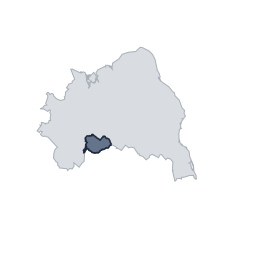 location of Rondônia within Brazil, rotated 308°
{"feature_id": "BRA-595", "entity_name": "Rondônia", "entity_type": "State", "adm_level": 1, "iso_a3": "BRA", "parent_name": "Brazil", "parent_adm1": "", "projection": "natural_earth1", "projection_center": [-63.452, -10.832], "detail": "fine", "context": "in_parent", "style": "filled", "palette": "slate", "viewbox_px": 256, "rotation_deg": 308, "n_neighbors": 0, "source": "natural_earth", "source_scale": "10m", "svg_char_len": 7448}
<svg xmlns="http://www.w3.org/2000/svg" viewBox="0 0 256 256"><g transform="rotate(308 128 128)"><path d="M81.0,60.2L83.0,62.2L85.5,61.2L86.3,62.5L87.7,60.7L91.1,58.9L91.8,57.1L94.0,56.1L94.2,55.0L91.7,54.6L91.0,49.9L88.9,46.9L91.8,48.4L94.4,48.3L96.2,49.9L96.7,48.0L103.2,45.7L104.6,44.2L104.5,42.7L106.4,42.7L107.0,43.4L106.4,45.8L108.1,46.4L108.7,48.4L107.5,49.9L107.0,53.8L108.2,57.9L111.3,60.3L112.6,59.9L113.2,58.6L114.4,58.9L117.8,56.7L122.2,57.4L121.5,55.7L122.2,54.5L123.1,55.0L125.9,54.2L129.1,56.3L130.5,55.3L133.5,56.0L139.1,46.7L140.1,47.7L142.0,56.2L143.0,57.6L144.8,58.3L145.1,60.5L141.8,64.6L139.9,65.9L137.2,71.5L134.6,72.3L137.3,72.5L141.3,69.6L142.1,73.2L143.2,74.3L147.3,73.1L146.0,77.1L147.7,73.9L149.6,72.0L150.5,72.6L150.9,72.0L150.5,70.5L151.8,68.8L155.0,68.4L161.8,71.5L162.3,73.0L163.3,71.9L164.9,73.2L165.3,74.5L164.5,75.4L164.8,75.9L165.7,75.0L165.9,75.9L165.1,76.8L164.6,79.5L165.6,78.4L166.4,76.3L166.6,77.8L169.6,75.9L176.8,78.3L182.5,78.0L188.1,81.8L193.0,87.0L199.1,87.9L200.2,89.8L201.7,97.3L201.0,102.2L198.6,107.2L191.8,115.3L191.8,114.7L190.5,118.4L188.3,121.6L187.3,122.1L186.7,120.7L186.0,121.4L185.1,124.9L185.6,134.8L184.2,140.6L184.3,142.9L182.3,145.3L181.6,151.1L177.0,158.4L176.7,161.7L174.1,163.1L172.7,165.9L169.3,166.0L168.7,164.9L168.4,166.1L163.2,166.4L163.4,167.3L160.0,169.7L158.1,169.6L154.8,171.6L150.6,175.1L149.7,176.7L149.0,176.1L148.7,176.9L147.8,176.5L149.0,177.5L148.0,178.6L147.6,180.5L148.2,184.6L147.1,190.6L143.5,194.1L139.0,202.4L134.9,206.2L134.8,204.9L137.7,203.4L140.4,198.8L140.5,198.0L138.8,198.5L137.8,197.0L138.3,198.5L137.8,200.2L135.2,203.0L134.4,205.2L134.6,206.4L132.6,210.7L129.9,213.3L129.3,212.9L129.4,210.8L130.9,208.9L128.7,205.9L123.7,202.5L122.2,200.6L120.7,201.6L120.6,200.3L117.8,197.4L116.5,198.1L115.0,197.7L121.4,189.7L122.1,189.8L122.0,189.0L129.0,184.2L129.6,180.3L128.5,177.4L126.3,177.4L127.7,170.7L126.4,169.7L123.4,170.3L122.1,163.3L119.8,162.1L118.0,162.9L114.1,161.9L114.7,157.3L113.5,153.7L114.6,152.9L113.7,151.8L116.1,145.1L114.8,142.1L112.8,140.8L113.0,136.7L106.2,136.6L105.9,133.2L104.7,131.5L105.8,131.4L105.0,125.8L102.8,124.4L100.2,124.6L95.4,120.9L90.3,119.9L88.2,117.8L86.7,114.6L86.6,107.9L82.2,108.8L74.6,114.0L72.3,113.4L67.0,113.6L67.3,106.7L64.7,109.0L61.2,109.2L60.4,107.1L57.3,106.6L58.2,104.8L54.3,98.5L55.3,97.4L55.2,95.7L57.5,93.8L57.1,92.2L58.4,87.9L62.3,85.2L66.3,83.7L69.4,84.3L71.5,70.8L70.6,67.8L69.0,66.1L69.0,63.0L72.4,62.7L71.8,61.0L69.8,60.9L69.8,58.1L76.1,58.0L76.1,56.9L77.0,57.9L79.1,56.3L80.1,58.1L80.3,60.4L81.0,60.2ZM143.8,66.0L150.8,66.8L149.1,71.6L147.8,71.7L147.6,72.5L146.5,72.1L145.4,73.3L142.8,73.3L141.8,70.9L142.5,70.3L141.7,69.5L142.3,66.7L143.8,66.0ZM137.8,71.8L138.9,68.4L140.0,67.9L139.9,70.0L137.8,71.8ZM145.7,64.4L145.0,65.6L143.4,65.3L143.7,64.5L145.7,64.4ZM143.3,63.0L143.0,65.6L142.3,65.3L143.3,63.0ZM146.8,66.0L145.8,66.2L145.3,65.9L146.6,65.2L146.8,66.0ZM142.2,66.1L141.2,67.0L140.8,66.5L141.5,65.8L142.2,66.1ZM144.1,63.8L143.6,63.3L144.5,62.8L144.5,63.3L144.1,63.8ZM143.6,57.1L143.0,57.2L142.8,56.2L143.4,56.2L143.6,57.1ZM148.3,187.1L148.2,186.2L148.7,185.5L148.8,185.7L148.3,187.1ZM160.6,169.3L160.7,170.3L160.0,170.1L160.6,169.3ZM148.2,181.1L147.9,180.6L148.4,180.1L148.5,180.3L148.2,181.1ZM165.5,77.8L165.0,78.8L165.5,77.4L165.5,77.8ZM187.0,122.3L186.3,122.5L186.7,121.8L187.0,122.3ZM165.0,166.7L164.3,167.1L164.2,166.9L164.6,166.5L165.0,166.7ZM185.8,124.1L185.5,124.6L185.3,124.3L185.8,124.1ZM163.6,71.1L163.7,71.6L163.6,71.1Z" fill="#d9dde1" stroke="#a8b0b8" stroke-width="1"/><path d="M86.7,110.9L86.7,110.7L86.8,110.6L87.0,110.5L87.0,110.3L87.1,110.1L87.0,109.9L87.0,109.6L86.9,109.2L86.9,108.9L87.0,108.6L87.0,108.4L86.9,108.3L86.7,107.9L86.4,107.8L86.2,108.0L86.1,108.3L85.9,108.5L85.8,108.4L85.6,108.3L85.4,108.3L85.5,108.1L85.3,108.2L85.2,108.2L85.1,108.3L85.0,108.2L84.9,108.2L84.6,108.2L84.3,108.3L84.1,108.3L83.9,108.3L83.7,108.3L83.4,108.5L83.0,108.5L82.8,108.7L82.5,108.7L82.0,108.8L81.9,108.8L81.3,108.5L81.5,108.3L81.6,108.1L81.8,108.1L82.0,107.8L82.1,107.7L82.4,107.6L82.5,107.6L82.9,107.1L82.9,106.9L82.9,106.7L83.3,106.6L83.6,106.6L83.8,106.7L84.4,106.6L84.6,106.6L84.9,106.9L85.0,107.0L85.2,107.3L85.3,107.3L85.6,107.2L85.7,106.9L86.0,106.6L86.3,106.8L86.5,106.8L86.5,106.6L86.9,106.2L87.3,105.9L87.4,106.0L87.5,106.2L87.5,106.4L87.5,106.6L87.8,106.7L88.0,106.6L88.1,106.3L88.2,106.2L88.3,106.0L88.4,105.9L88.5,105.8L88.5,105.7L88.4,105.4L88.6,105.0L89.0,104.8L89.3,104.9L89.6,104.9L89.8,104.9L89.9,104.7L90.1,104.6L90.3,104.7L90.5,104.5L90.9,104.5L91.1,104.6L91.4,104.7L91.4,104.2L91.4,103.9L91.4,103.5L91.4,103.4L91.5,103.5L91.9,103.4L92.0,103.2L92.2,102.8L92.1,102.7L91.9,102.5L91.9,102.4L92.1,102.1L92.2,101.9L92.3,101.8L92.5,101.8L92.9,101.7L92.8,101.4L93.0,101.3L93.4,101.2L93.5,101.1L93.4,100.8L93.6,100.5L96.0,100.5L96.3,100.5L96.6,100.7L96.9,101.0L97.0,101.4L97.3,101.7L97.4,102.0L97.7,102.0L97.8,102.0L98.0,102.1L98.0,102.3L98.1,102.5L98.3,103.0L98.6,103.0L98.8,103.3L98.9,103.8L99.1,103.9L99.3,104.0L99.5,104.1L99.8,104.3L99.8,104.2L99.9,103.8L100.0,103.7L100.3,103.7L100.5,103.5L100.8,103.6L100.9,103.8L101.2,104.2L101.3,104.3L101.2,104.8L101.1,105.2L101.1,105.4L101.2,105.7L101.2,105.8L100.9,105.9L100.9,106.0L100.9,106.3L101.0,106.5L101.1,106.8L101.2,107.3L101.3,107.6L101.2,107.9L101.0,108.0L101.1,108.4L101.2,108.6L101.1,108.9L101.2,109.1L101.0,109.5L101.0,109.8L101.1,110.0L101.0,110.3L101.2,110.7L101.4,111.0L101.3,112.2L101.4,112.3L101.3,112.6L101.2,112.6L101.2,113.0L101.2,113.4L101.2,113.5L101.4,113.5L105.2,113.6L105.3,113.6L105.2,113.7L105.3,113.8L105.5,114.0L105.7,113.9L105.8,113.9L106.0,114.0L106.3,114.0L106.5,114.1L106.9,114.2L107.0,114.4L107.1,114.8L107.2,115.1L107.2,115.4L107.0,115.5L106.9,115.7L106.8,115.9L106.6,116.1L106.5,116.4L106.5,116.8L106.6,117.0L106.6,117.3L106.6,117.5L106.9,117.5L107.1,118.0L107.3,118.4L107.3,118.5L107.3,119.1L107.4,119.4L107.5,119.6L107.2,120.6L106.9,121.1L106.7,121.8L106.5,122.0L106.3,122.1L106.1,122.2L105.9,122.6L105.9,122.8L105.5,123.5L105.4,124.1L105.3,124.3L105.0,124.4L104.4,124.9L104.1,125.2L103.9,125.0L103.6,124.8L103.5,124.7L103.0,124.6L103.0,124.4L102.9,124.3L102.7,124.4L102.6,124.5L102.3,124.6L102.2,124.6L101.8,124.5L101.4,124.7L101.2,124.7L100.9,124.5L100.5,124.6L100.4,124.7L100.1,124.7L99.9,124.6L99.9,124.3L99.7,124.2L99.4,123.9L99.3,123.7L99.0,123.4L99.0,123.0L98.9,123.0L98.8,122.8L98.7,122.8L98.3,122.9L98.2,122.9L97.9,122.9L97.6,122.6L97.3,122.6L97.0,122.4L96.9,122.3L96.8,122.2L96.7,122.2L96.5,122.3L96.4,122.3L96.3,122.2L96.1,122.0L95.9,121.6L95.7,121.6L95.6,121.3L95.4,121.2L95.5,121.1L95.4,121.0L95.4,120.8L95.1,120.7L95.0,120.8L94.9,120.9L94.8,121.0L94.5,121.0L94.3,120.9L94.2,120.8L94.0,120.7L93.9,120.6L93.8,120.4L93.6,120.3L93.4,120.1L93.2,120.0L92.6,119.9L92.4,120.0L92.2,120.3L92.0,120.2L91.8,120.3L91.7,120.2L91.4,120.1L91.2,120.1L90.9,120.1L90.7,120.0L90.4,119.9L90.2,119.6L90.1,119.3L90.1,119.1L89.8,118.9L89.7,118.9L89.4,118.7L89.3,118.4L89.2,118.4L89.2,118.6L89.0,118.3L88.9,118.1L88.7,118.0L88.4,118.0L88.2,117.9L88.1,117.7L88.0,117.4L88.0,117.1L87.9,117.0L87.9,116.9L87.7,116.7L87.6,116.9L87.4,116.8L87.4,116.7L87.4,116.4L87.5,116.3L87.4,116.2L87.3,115.9L87.2,115.7L87.0,115.8L86.9,115.6L86.8,115.2L86.7,114.9L86.7,114.7L86.8,114.6L86.6,114.3L86.7,114.2L86.9,114.0L86.9,113.7L87.0,113.5L87.0,113.4L86.9,113.0L86.9,112.9L86.6,112.7L86.7,112.2L86.5,111.9L86.5,111.6L86.5,111.4L86.4,111.2L86.5,111.2L86.7,110.9Z" fill="#64748b" stroke="#1e293b" stroke-width="1.5"/></g></svg>